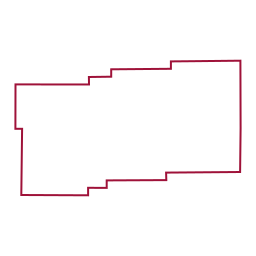 outline of Nance, Nebraska, United States of America
{"feature_id": "52423323B96029767188282", "entity_name": "Nance", "entity_type": "district", "adm_level": 2, "iso_a3": "USA", "parent_name": "United States of America", "parent_adm1": "Nebraska", "projection": "albers", "projection_center": [-98.037, 41.395], "detail": "fine", "context": "isolated", "style": "outline", "palette": "rose", "viewbox_px": 256, "rotation_deg": 0, "n_neighbors": 0, "source": "geoboundaries", "source_scale": "gbopen_adm2", "svg_char_len": 371}
<svg xmlns="http://www.w3.org/2000/svg" viewBox="0 0 256 256"><path d="M15.5,84.4L15.4,128.8L17.2,128.8L22.1,128.8L21.3,195.0L88.1,195.3L88.1,187.8L106.7,187.9L106.7,180.4L166.3,180.1L166.1,172.6L240.1,172.0L240.6,128.2L240.4,60.7L192.1,61.2L170.9,61.4L170.9,68.8L111.2,69.3L111.2,76.7L88.9,77.0L89.0,84.5L15.5,84.4Z" fill="none" stroke="#9f1239" stroke-width="2"/></svg>